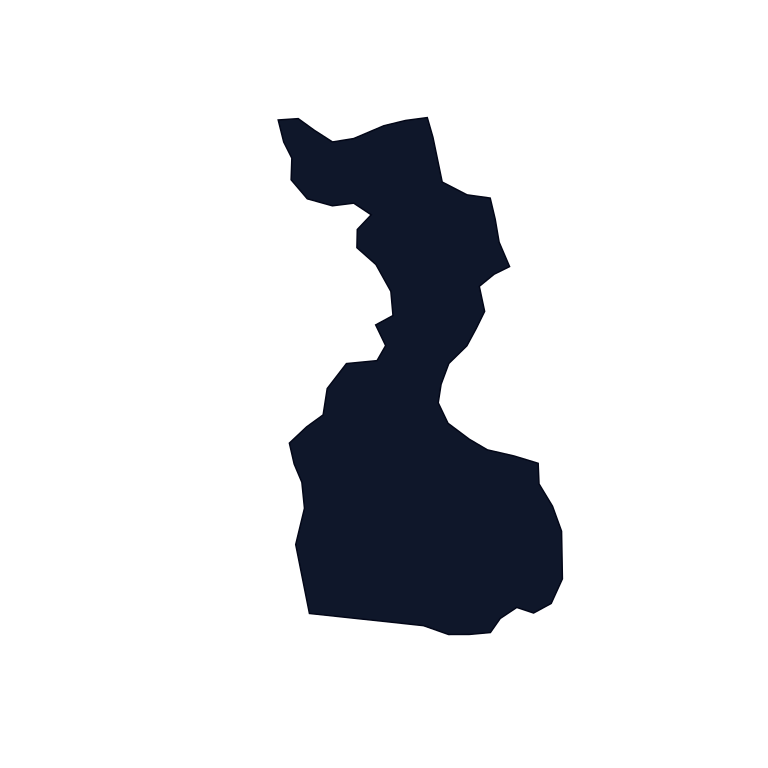 the district of Bayeux, Paraíba, Brazil, rotated 324°
{"feature_id": "56859067B44208898330061", "entity_name": "Bayeux", "entity_type": "district", "adm_level": 2, "iso_a3": "BRA", "parent_name": "Brazil", "parent_adm1": "Paraíba", "projection": "orthographic", "projection_center": [-34.916, -7.125], "detail": "fine", "context": "isolated", "style": "filled", "palette": "ink", "viewbox_px": 768, "rotation_deg": 324, "n_neighbors": 0, "source": "geoboundaries", "source_scale": "gbopen_adm2", "svg_char_len": 975}
<svg xmlns="http://www.w3.org/2000/svg" viewBox="0 0 768 768"><g transform="rotate(324 384 384)"><path d="M575.6,193.9L556.4,183.5L535.8,175.0L503.7,167.6L484.6,157.9L476.8,137.9L470.6,118.9L453.6,108.2L445.1,129.3L442.2,147.1L428.9,164.2L430.8,189.1L447.0,209.5L465.8,219.9L473.1,239.6L453.2,243.3L442.2,257.8L447.7,282.6L444.0,313.1L431.5,333.9L412.0,331.3L407.9,353.9L392.1,361.0L365.6,345.4L335.4,354.3L316.6,373.2L296.3,373.2L272.7,376.2L264.3,395.9L259.8,415.2L246.6,437.8L218.2,462.0L188.8,525.8L273.9,602.7L289.0,624.6L305.9,636.8L324.0,647.6L340.2,642.0L360.1,642.8L370.4,657.2L390.3,659.8L413.8,646.5L425.3,630.1L441.1,607.5L448.5,581.9L450.7,555.9L462.1,538.8L447.0,518.8L428.9,498.0L420.5,478.7L412.7,453.4L416.8,431.1L430.0,417.8L448.5,405.5L473.5,401.8L491.2,393.3L508.1,384.4L518.5,361.0L537.6,359.9L554.6,362.8L560.5,336.9L570.8,316.1L579.2,296.0L562.3,279.7L549.8,254.8L568.6,213.2L575.6,193.9Z" fill="#0f172a" stroke="#020617" stroke-width="1.5"/></g></svg>